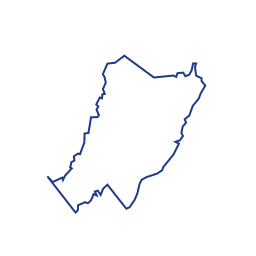 the district of Napa, California, United States of America, rotated 52°
{"feature_id": "52423323B42957866846180", "entity_name": "Napa", "entity_type": "district", "adm_level": 2, "iso_a3": "USA", "parent_name": "United States of America", "parent_adm1": "California", "projection": "robinson", "projection_center": [-122.326, 38.51], "detail": "fine", "context": "isolated", "style": "outline", "palette": "blue", "viewbox_px": 256, "rotation_deg": 52, "n_neighbors": 0, "source": "geoboundaries", "source_scale": "gbopen_adm2", "svg_char_len": 1152}
<svg xmlns="http://www.w3.org/2000/svg" viewBox="0 0 256 256"><g transform="rotate(52 128 128)"><path d="M119.1,34.6L117.2,36.9L121.9,42.6L123.7,47.0L122.5,50.9L118.4,50.4L115.3,55.2L117.4,58.6L114.6,59.9L104.2,76.5L68.8,86.4L68.6,98.1L64.6,104.6L70.1,114.6L74.1,115.4L78.5,117.5L81.9,123.8L86.8,125.3L85.7,127.5L88.6,130.2L86.6,131.5L89.9,138.5L92.8,138.2L94.2,141.5L100.0,143.0L100.6,145.5L96.8,150.5L107.6,162.3L105.6,165.6L112.7,171.5L119.1,182.0L117.4,183.1L117.0,188.1L120.7,190.3L120.1,193.6L123.5,197.8L125.2,197.2L126.8,206.9L128.9,211.2L126.6,210.3L124.2,220.7L116.5,221.3L162.3,221.4L162.2,219.3L161.5,217.8L158.1,214.9L160.1,207.4L162.6,206.0L162.2,201.6L158.9,195.8L162.0,194.2L157.7,193.2L158.7,190.4L163.9,190.7L160.6,185.1L160.0,179.1L175.7,179.1L190.6,179.0L191.4,175.4L188.8,167.2L185.3,160.9L179.1,153.2L177.3,149.3L177.9,144.3L181.9,133.0L182.3,127.0L180.5,124.2L176.9,108.5L171.7,97.5L168.1,99.1L169.7,94.8L168.1,89.6L164.9,89.1L160.5,83.9L159.5,79.0L156.0,77.9L155.9,72.0L150.4,63.3L148.4,54.2L145.3,49.0L142.2,41.0L136.3,41.1L134.0,39.4L128.8,42.1L121.2,37.7L119.1,34.6Z" fill="none" stroke="#1e3a8a" stroke-width="2"/></g></svg>